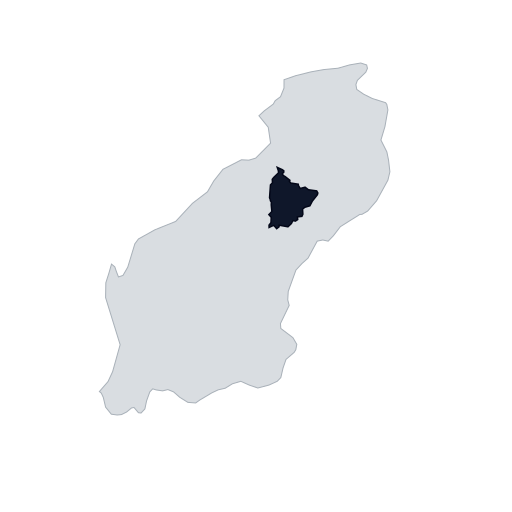 location of Mat, Dibër, Albania, rotated 44°
{"feature_id": "67620474B55788488782298", "entity_name": "Mat", "entity_type": "district", "adm_level": 2, "iso_a3": "ALB", "parent_name": "Albania", "parent_adm1": "Dibër", "projection": "robinson", "projection_center": [19.995, 41.564], "detail": "fine", "context": "in_parent", "style": "filled", "palette": "ink", "viewbox_px": 512, "rotation_deg": 44, "n_neighbors": 0, "source": "geoboundaries", "source_scale": "gbopen_adm2", "svg_char_len": 2335}
<svg xmlns="http://www.w3.org/2000/svg" viewBox="0 0 512 512"><g transform="rotate(44 256 256)"><path d="M160.7,153.1L161.1,145.9L162.9,134.7L161.9,130.9L163.0,124.4L159.5,115.8L153.7,109.7L159.3,98.7L167.6,85.4L175.2,74.9L184.5,64.0L190.6,53.5L197.3,44.4L202.9,41.7L205.8,43.6L207.3,47.5L206.9,59.2L208.8,63.3L212.8,66.2L221.1,64.8L230.3,61.9L242.7,55.7L244.8,56.1L249.4,59.3L258.9,73.4L265.3,85.8L277.8,90.2L284.8,95.0L293.8,102.4L298.2,109.8L304.4,132.5L305.1,146.1L303.3,152.4L301.8,154.0L296.3,176.3L297.6,187.7L297.6,195.2L292.9,198.1L289.7,202.8L294.9,221.4L294.3,229.3L294.5,238.4L303.8,259.1L309.3,265.5L314.2,268.5L320.5,287.6L324.2,290.9L339.3,289.1L346.7,291.2L349.7,295.7L350.4,298.8L349.4,309.5L353.2,317.7L358.3,326.2L358.3,331.4L355.0,339.8L349.0,349.7L340.9,353.5L332.1,356.7L327.8,364.3L325.7,372.5L321.8,378.5L319.3,385.1L315.6,398.7L314.7,403.6L308.7,408.6L299.4,410.6L291.1,411.0L285.4,413.3L282.5,417.9L277.2,421.7L274.0,423.3L274.0,427.5L277.9,436.2L282.3,443.2L282.4,448.8L280.3,450.4L273.5,449.7L272.0,451.8L271.3,458.1L269.4,463.5L266.6,466.8L261.8,470.3L252.8,469.2L244.4,463.8L240.0,462.1L237.5,462.3L236.8,449.1L233.2,438.8L219.9,414.2L176.7,390.4L166.6,379.6L162.2,370.7L157.7,362.2L162.0,361.9L166.2,364.1L171.6,366.6L173.8,362.4L171.5,353.1L160.4,331.4L159.6,325.4L165.1,307.3L174.2,286.9L173.7,262.2L176.5,243.5L173.5,231.4L172.0,216.6L178.7,196.9L184.3,192.0L187.8,185.8L188.1,164.7L175.4,154.9L160.7,153.1Z" fill="#d9dde1" stroke="#a8b0b8" stroke-width="1"/><path d="M209.7,177.5L212.6,179.0L214.4,180.4L214.3,184.1L214.2,186.6L214.2,187.2L214.4,189.5L217.0,191.9L217.0,194.8L225.3,204.7L226.2,205.1L226.5,205.2L226.8,205.3L227.0,205.5L228.1,206.3L228.9,206.4L229.5,206.5L230.2,207.2L231.4,208.6L236.5,213.0L236.5,217.3L240.1,217.6L243.6,221.6L243.9,224.7L245.6,226.4L246.8,223.1L247.7,221.6L251.9,222.0L252.3,219.0L251.2,217.8L258.7,212.8L258.9,208.0L258.4,206.5L258.0,204.8L260.1,203.5L260.7,200.8L258.6,199.1L259.8,197.7L261.5,195.6L260.7,193.4L256.9,189.9L257.3,187.0L259.9,182.5L258.4,177.4L257.6,169.3L256.7,167.7L254.4,167.0L247.7,171.9L243.5,172.4L240.9,176.7L237.7,175.9L236.5,175.0L231.5,178.5L230.6,179.3L228.3,179.2L227.8,178.0L221.8,178.6L220.3,179.0L218.6,179.0L217.7,178.1L217.8,176.5L216.8,175.4L215.0,175.6L209.7,177.5Z" fill="#0f172a" stroke="#020617" stroke-width="1.5"/></g></svg>